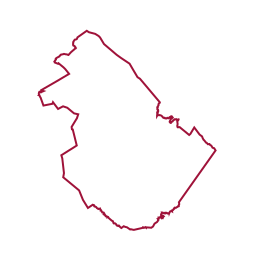 Hidalgo, Durango, Mexico, rotated 172°
{"feature_id": "50627088B92149873655635", "entity_name": "Hidalgo", "entity_type": "district", "adm_level": 2, "iso_a3": "MEX", "parent_name": "Mexico", "parent_adm1": "Durango", "projection": "orthographic", "projection_center": [-104.857, 26.045], "detail": "fine", "context": "isolated", "style": "outline", "palette": "rose", "viewbox_px": 256, "rotation_deg": 172, "n_neighbors": 0, "source": "geoboundaries", "source_scale": "gbopen_adm2", "svg_char_len": 5411}
<svg xmlns="http://www.w3.org/2000/svg" viewBox="0 0 256 256"><g transform="rotate(172 128 128)"><path d="M126.7,27.5L126.7,27.0L126.4,26.9L125.5,27.0L125.3,27.2L124.7,27.1L124.4,27.3L123.8,26.5L123.4,27.0L118.8,26.0L116.9,27.0L115.0,29.6L112.3,30.9L111.4,31.8L111.2,32.3L110.7,32.7L111.0,33.5L110.6,33.4L110.4,33.7L110.4,34.0L110.2,34.0L109.8,34.6L110.0,35.1L109.9,35.1L109.2,35.1L108.7,34.9L107.6,34.6L107.3,34.2L107.2,34.4L106.6,34.1L106.4,34.1L106.2,34.0L106.1,34.3L105.8,34.5L105.4,35.2L104.9,35.5L105.5,36.2L105.8,36.3L106.4,35.9L106.9,35.9L107.3,36.0L107.6,36.3L107.2,36.8L107.1,37.1L107.3,37.6L107.3,37.9L106.7,38.3L106.6,38.8L106.2,39.1L106.2,39.3L105.9,39.1L105.7,39.2L105.8,39.4L105.8,39.5L105.6,39.5L105.3,39.4L104.9,38.9L104.4,38.6L104.1,38.5L103.3,38.6L103.0,38.7L103.0,38.9L102.9,38.9L102.8,38.7L102.8,38.2L102.6,38.2L101.9,38.7L101.6,38.7L101.4,38.6L101.4,38.4L101.0,38.1L100.6,37.8L100.4,37.7L100.3,37.8L99.5,37.9L99.2,38.1L99.0,38.3L98.9,38.3L98.9,38.1L98.5,38.8L97.9,39.5L97.5,39.6L97.0,39.5L96.9,39.5L96.7,39.8L96.5,40.0L96.0,39.5L96.0,39.8L95.7,40.2L95.5,40.3L95.0,40.4L94.9,40.6L94.6,40.8L94.3,41.0L94.2,41.3L93.6,42.0L93.4,41.9L93.2,41.8L93.0,42.1L92.8,42.4L92.6,42.6L92.3,42.4L91.6,42.3L91.0,42.6L90.5,42.9L89.8,43.0L89.3,43.6L89.2,43.7L88.6,43.6L88.4,44.7L87.9,45.3L87.8,47.1L87.9,47.4L44.4,93.6L45.5,96.0L47.0,96.7L48.0,99.0L49.0,99.7L49.6,100.8L51.1,100.8L52.2,102.4L52.7,102.6L54.3,105.3L54.8,105.8L55.4,107.4L55.7,108.6L55.8,109.3L58.0,111.5L62.3,119.3L67.1,113.4L68.4,112.6L76.4,121.3L76.5,121.5L76.8,121.7L77.2,121.7L77.6,121.8L78.2,121.7L78.5,121.7L78.7,121.9L78.9,122.2L78.9,122.7L78.9,123.4L78.7,123.7L78.3,125.2L78.3,128.1L78.3,128.3L78.2,128.3L77.8,128.2L77.6,128.3L76.8,129.2L76.7,129.5L76.9,129.6L77.6,129.4L77.8,129.4L79.1,129.7L79.2,130.0L79.5,129.9L80.4,130.2L80.6,130.1L80.8,129.9L81.1,129.9L81.5,129.5L82.2,129.3L82.4,128.9L83.1,128.2L83.4,128.1L83.8,128.1L84.0,128.0L84.3,127.9L84.6,127.6L84.8,127.1L85.1,127.1L85.5,127.5L85.9,128.3L85.8,128.6L84.4,130.8L82.9,131.7L82.3,132.1L83.1,133.5L83.3,133.5L83.6,133.6L84.1,132.9L84.4,132.8L84.8,133.0L85.1,133.0L85.2,132.9L85.3,132.5L85.5,132.4L85.8,132.5L86.0,132.2L86.3,132.0L87.0,132.1L87.7,132.6L88.0,132.4L88.6,132.1L89.0,132.3L89.4,132.3L89.8,132.3L90.2,132.6L90.3,132.8L90.3,133.0L90.5,133.1L90.9,133.2L91.2,133.1L91.5,133.1L92.3,134.2L92.3,134.4L92.5,134.7L93.1,135.4L93.7,135.9L94.1,136.1L94.4,136.2L95.1,136.3L95.3,136.5L95.8,136.4L96.5,136.6L97.1,136.5L97.5,136.0L97.4,136.7L96.9,137.4L97.1,137.9L96.8,138.2L96.9,138.3L96.9,138.6L96.7,138.8L96.8,139.0L96.4,139.2L96.4,139.4L96.1,139.8L96.2,140.0L96.5,140.1L96.3,140.5L95.8,140.6L95.8,140.8L95.7,140.9L95.9,141.5L95.8,141.8L96.0,141.9L96.2,142.4L96.4,142.7L96.3,143.0L96.0,143.5L96.0,143.8L96.1,144.2L95.6,144.5L95.7,145.1L95.3,145.4L94.6,146.3L94.5,146.6L94.6,147.0L94.5,147.4L93.8,148.2L93.1,148.5L92.9,149.0L109.3,175.1L111.5,177.0L114.6,184.4L117.5,191.5L124.9,198.1L129.0,202.0L140.1,214.5L143.1,221.6L144.3,223.2L147.4,225.8L153.4,228.3L155.3,230.0L165.0,225.0L165.5,224.7L166.0,223.6L166.4,223.2L167.3,222.9L168.4,222.9L168.6,222.7L169.0,222.3L169.7,221.5L169.8,221.3L170.2,220.9L170.2,220.5L170.4,220.3L170.4,219.8L170.6,219.4L170.6,218.9L170.8,218.1L170.7,217.4L170.6,217.2L170.0,216.9L169.6,216.7L169.3,216.2L169.3,215.8L169.2,215.6L168.9,215.4L168.9,215.2L168.9,214.9L168.5,214.4L168.8,214.1L169.3,214.0L173.9,211.0L176.8,208.6L177.0,208.6L177.5,209.0L178.4,209.4L179.6,209.7L181.1,210.3L181.9,210.1L184.1,210.0L184.5,209.9L184.8,209.4L185.6,209.0L186.0,208.4L187.5,207.9L187.9,207.7L189.1,207.3L189.5,207.0L190.1,206.4L190.1,206.2L189.8,206.1L189.8,205.9L191.7,204.0L191.6,203.7L191.0,203.1L191.1,202.9L188.3,201.3L187.8,201.8L183.4,197.0L181.9,195.0L178.8,189.8L190.0,185.1L208.8,177.5L208.8,177.4L206.5,176.3L209.5,175.5L210.0,175.8L210.0,175.7L210.4,175.9L211.1,175.8L211.6,174.2L211.4,173.2L211.6,173.0L211.2,172.9L211.0,172.4L211.0,171.8L210.7,171.0L210.3,170.3L210.2,169.7L208.6,162.0L199.5,162.5L198.7,164.0L194.6,156.6L189.3,158.5L185.3,156.5L179.4,150.0L175.4,148.5L177.3,144.6L177.8,144.1L183.7,136.9L183.7,134.5L182.9,134.2L181.2,117.8L185.3,115.9L190.5,113.6L197.8,110.3L197.3,107.0L197.7,92.2L199.0,88.2L185.1,73.0L182.6,63.1L178.8,54.4L173.6,56.9L173.1,56.5L172.6,56.5L172.4,56.3L172.1,55.7L172.3,55.3L172.3,55.2L172.1,55.1L172.0,54.9L170.7,54.3L170.5,54.1L170.2,53.6L170.0,53.1L169.5,52.7L169.0,52.4L168.7,51.9L168.4,51.9L167.9,52.1L167.5,51.9L166.9,52.1L166.7,51.2L166.4,50.7L166.5,50.4L166.2,50.4L166.0,50.2L165.9,50.0L166.0,49.5L165.7,48.9L165.5,48.7L165.3,48.4L165.3,48.1L165.2,47.9L164.6,47.9L164.3,47.8L164.2,47.6L163.8,47.5L163.7,47.1L163.4,46.7L163.5,46.4L164.0,46.0L163.9,45.9L163.0,45.5L162.9,45.3L163.1,45.2L162.8,45.0L162.5,44.6L162.5,44.4L162.2,44.0L162.4,43.8L162.4,43.7L162.0,43.5L161.5,43.5L161.4,43.4L161.5,43.4L161.4,43.3L160.8,43.1L160.7,42.8L160.4,42.7L160.6,42.4L160.4,42.4L160.0,42.0L158.3,40.0L157.3,38.9L157.0,38.5L156.3,38.1L156.0,37.9L155.7,36.8L155.7,36.3L155.6,35.9L155.4,35.8L155.3,35.5L155.0,35.5L154.9,35.6L154.4,35.4L154.2,35.4L154.0,35.1L153.7,35.0L153.2,34.4L153.0,33.9L152.9,33.8L152.9,33.4L152.6,33.0L152.2,32.7L151.8,32.6L151.6,32.6L151.4,32.7L150.9,32.7L150.6,32.7L150.4,32.4L150.7,32.1L150.2,31.9L149.2,30.6L148.5,29.9L145.9,31.3L144.4,30.4L142.8,29.8L140.0,27.2L139.3,27.4L138.4,27.0L136.4,26.3L128.0,27.0L127.4,27.1L127.1,27.6L126.7,27.5Z" fill="none" stroke="#9f1239" stroke-width="2"/></g></svg>